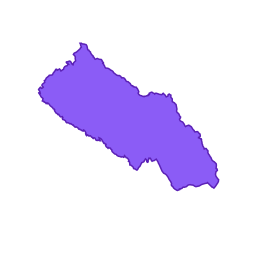 outline of Fray Mamerto Esquiú, Catamarca, Argentina, rotated 327°
{"feature_id": "61730980B86021730445369", "entity_name": "Fray Mamerto Esquiú", "entity_type": "district", "adm_level": 2, "iso_a3": "ARG", "parent_name": "Argentina", "parent_adm1": "Catamarca", "projection": "natural_earth1", "projection_center": [-65.731, -28.34], "detail": "fine", "context": "isolated", "style": "filled", "palette": "violet", "viewbox_px": 256, "rotation_deg": 327, "n_neighbors": 0, "source": "geoboundaries", "source_scale": "gbopen_adm2", "svg_char_len": 5790}
<svg xmlns="http://www.w3.org/2000/svg" viewBox="0 0 256 256"><g transform="rotate(327 128 128)"><path d="M135.4,207.3L137.8,207.8L137.8,207.2L138.3,207.2L140.0,208.0L140.9,207.9L141.5,207.6L142.4,207.8L142.8,208.3L145.0,209.0L147.5,208.6L149.5,209.5L149.6,209.8L151.4,211.3L151.8,211.9L152.1,212.9L153.0,214.2L156.2,215.4L159.0,215.5L162.2,216.4L164.4,217.3L164.9,217.1L166.3,223.4L166.6,223.5L167.3,225.2L169.4,224.6L173.6,222.8L174.8,222.0L175.9,220.6L175.6,219.5L175.5,216.3L176.2,214.4L178.1,212.5L179.8,212.3L180.4,210.9L179.8,210.0L181.9,207.3L182.5,206.0L181.9,203.2L181.6,202.8L181.0,201.0L181.0,200.3L181.5,197.8L181.3,196.8L181.5,194.9L181.3,194.1L181.6,192.0L182.4,191.1L182.7,190.4L182.4,189.4L182.4,187.8L181.8,187.4L180.5,187.1L181.0,185.6L180.9,184.9L181.0,183.4L181.4,182.7L181.6,181.4L182.3,180.2L182.8,178.5L183.4,177.7L183.5,176.9L182.9,176.6L182.9,176.2L181.8,174.6L182.1,174.3L183.7,174.5L184.2,174.2L184.7,173.3L185.1,172.0L184.7,171.3L184.5,169.3L184.1,168.7L182.1,167.8L181.8,167.3L182.1,166.1L181.7,164.7L181.8,161.8L181.7,161.1L181.2,160.6L181.1,159.5L180.5,159.1L180.4,158.7L178.6,158.2L177.0,158.1L176.9,157.0L177.2,155.3L177.1,152.8L175.8,150.7L175.7,150.2L176.0,148.6L177.5,148.1L178.1,147.4L177.9,147.0L177.9,146.0L178.3,144.1L178.2,143.0L177.7,142.0L177.8,140.6L178.7,139.3L179.3,138.9L181.1,134.4L180.7,133.3L180.7,132.3L179.5,130.0L180.9,127.8L181.0,127.2L180.7,126.1L180.7,125.5L181.9,123.8L181.3,122.8L181.2,122.1L180.6,121.9L179.8,121.9L179.0,122.9L178.0,122.9L177.0,122.7L177.1,120.8L176.6,119.2L176.6,118.2L175.9,118.0L175.0,118.4L174.4,118.4L172.4,116.6L171.8,115.6L170.4,114.0L169.7,113.9L168.9,114.1L168.7,113.1L168.0,112.2L167.7,111.2L167.1,110.7L164.7,110.4L164.5,110.5L164.4,111.2L164.2,111.5L163.5,111.6L163.3,111.2L163.0,111.1L162.3,111.7L161.4,111.2L159.9,110.9L159.3,110.4L158.5,110.5L158.3,109.9L157.5,109.5L157.0,108.4L155.9,107.3L155.4,105.8L155.5,104.2L156.3,103.9L156.9,103.3L157.3,100.0L157.1,99.5L157.2,98.3L155.9,97.4L155.3,96.2L154.9,96.2L154.9,95.0L154.2,94.6L154.1,94.2L153.9,93.3L154.1,91.9L153.7,90.9L153.3,89.2L152.2,88.3L152.1,87.9L152.0,87.3L152.2,85.7L151.9,85.1L152.1,84.6L151.8,83.8L151.0,82.9L150.6,82.9L150.0,82.5L150.0,80.7L149.4,79.3L148.6,78.9L148.0,78.2L147.8,78.2L147.3,77.5L146.0,73.5L146.2,72.9L146.1,72.1L145.5,70.6L145.0,70.1L144.6,68.6L143.7,67.0L141.8,65.4L141.9,63.8L142.1,63.4L142.1,61.9L142.4,61.2L142.0,60.2L142.9,59.9L143.0,59.7L142.7,59.0L142.9,58.2L142.7,57.9L143.0,57.2L142.9,56.0L141.1,54.5L140.1,52.9L137.9,52.5L137.7,51.6L137.9,51.0L137.9,49.9L137.5,49.4L138.0,48.8L137.6,47.2L137.5,45.8L137.5,44.7L137.9,43.9L137.4,42.1L137.6,41.5L136.9,40.5L136.9,40.3L138.2,37.0L138.3,35.5L138.1,35.0L137.4,34.4L136.8,33.5L136.4,33.4L135.5,32.6L135.0,31.4L133.9,30.8L133.8,31.9L133.4,32.6L132.9,34.8L131.6,35.0L131.3,35.4L127.9,36.0L125.9,36.3L124.8,36.0L123.3,36.0L122.2,36.6L122.6,38.0L122.6,39.4L122.4,40.0L121.8,40.5L120.6,43.2L118.5,43.5L117.1,44.1L116.8,44.7L116.3,45.1L116.0,44.5L115.9,43.0L116.1,41.5L115.9,40.6L115.4,40.0L113.0,39.4L112.4,39.0L112.0,39.3L111.9,39.8L112.1,40.6L112.4,41.1L112.8,41.3L112.5,41.7L112.6,42.1L112.3,41.9L110.9,42.6L109.5,42.1L108.4,42.1L106.7,42.8L105.9,43.7L104.7,43.5L103.6,43.7L102.8,43.6L102.9,42.5L102.8,41.2L100.1,41.0L100.1,40.4L100.2,39.9L99.6,39.5L98.7,39.8L98.3,40.3L97.2,40.4L96.2,41.0L95.2,41.2L93.7,42.2L92.1,41.8L91.5,41.2L90.4,40.9L90.1,41.2L86.7,41.6L85.7,42.2L85.0,42.7L83.6,42.7L83.5,43.3L83.0,44.4L80.4,44.6L79.7,44.8L79.1,45.2L78.9,45.7L79.2,47.6L78.6,47.8L77.3,47.8L77.0,47.6L76.9,46.2L76.6,46.1L74.1,46.9L73.9,47.1L73.9,49.4L73.4,50.8L72.8,50.0L72.3,49.9L72.2,50.3L72.3,52.0L72.1,54.8L72.8,56.9L72.0,57.7L71.6,58.4L70.9,58.6L71.2,59.1L71.5,60.0L72.0,60.1L72.1,61.1L72.7,61.8L72.6,62.6L73.2,62.6L73.5,63.0L73.4,63.5L73.7,63.5L73.8,63.7L74.3,63.4L74.7,64.2L74.9,67.1L75.8,69.7L75.8,71.4L76.4,71.9L76.5,72.6L75.8,73.4L75.8,76.3L76.4,77.2L76.5,78.6L76.7,78.8L77.3,78.8L77.3,81.2L77.5,81.9L78.1,82.4L79.1,82.6L79.1,83.6L78.5,84.2L78.2,84.2L77.9,85.3L78.7,86.2L79.5,87.8L79.2,89.1L79.6,90.5L80.4,90.6L81.1,91.7L81.4,92.7L82.5,93.2L82.4,93.8L82.9,94.3L83.2,95.5L83.8,95.8L83.6,96.6L84.0,97.6L84.0,98.3L84.6,98.8L85.1,98.8L86.0,100.3L86.1,102.2L86.9,102.6L86.9,103.3L87.9,104.6L87.9,105.1L88.2,105.6L88.9,106.2L89.4,105.5L89.8,105.5L90.2,107.4L90.2,108.1L89.9,109.5L89.5,109.5L89.2,110.2L89.0,110.9L89.2,112.0L89.6,111.9L89.9,111.3L90.4,111.8L90.8,113.4L91.2,113.7L91.9,113.7L92.3,114.1L92.5,115.9L92.8,116.1L93.0,116.7L93.0,117.6L93.1,117.9L94.2,117.7L94.8,118.6L94.5,120.4L94.9,121.3L95.8,121.9L96.3,121.8L97.3,123.2L97.8,123.6L97.9,122.4L98.4,120.5L99.2,121.7L99.5,122.5L99.6,123.6L99.4,127.6L99.8,127.6L100.0,128.2L99.9,128.4L100.0,128.8L100.7,129.6L100.5,130.0L100.0,130.2L99.6,130.6L99.6,132.3L100.0,132.9L100.2,134.2L101.1,133.9L101.5,134.7L102.3,135.4L102.1,136.5L102.5,137.6L102.0,138.3L101.9,139.4L102.7,142.5L103.9,143.9L103.8,145.0L104.6,146.5L105.8,147.6L106.5,148.7L107.0,148.7L107.9,149.3L108.3,150.2L108.8,150.3L110.0,149.3L110.3,151.0L110.3,152.0L111.0,152.6L111.3,154.8L111.0,155.8L110.2,156.1L110.2,156.3L110.8,157.0L110.7,157.5L109.4,160.1L110.1,160.6L110.8,162.6L111.0,163.8L110.9,164.5L110.6,165.0L110.7,165.3L111.7,166.3L112.2,167.7L112.6,168.2L113.8,167.9L115.4,166.9L117.0,166.7L120.7,164.5L121.5,164.8L123.2,164.9L124.0,164.2L124.7,164.1L125.8,163.4L126.3,165.0L125.5,166.2L125.5,167.3L126.0,167.5L126.6,167.2L127.2,166.1L128.2,165.8L129.0,164.7L130.2,165.4L130.2,166.9L129.9,168.1L130.1,169.0L130.7,169.0L132.3,169.6L134.7,169.5L134.7,172.6L134.3,174.3L134.3,175.5L133.1,182.6L133.3,185.3L134.3,187.0L134.7,188.4L134.8,191.2L134.5,193.3L134.6,196.3L134.3,198.1L134.2,198.5L133.6,198.9L133.2,199.7L133.2,200.5L133.6,201.1L133.6,203.3L134.1,204.9L135.1,206.9L135.4,207.3Z" fill="#8b5cf6" stroke="#5b21b6" stroke-width="1.5"/></g></svg>